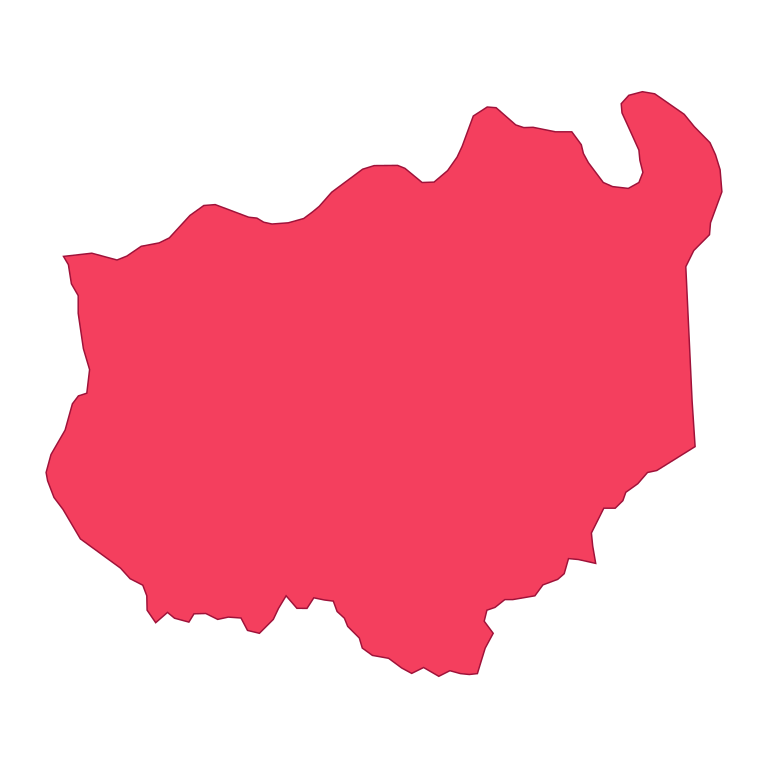 Cambará, Paraná, Brazil
{"feature_id": "56859067B26074269833743", "entity_name": "Cambará", "entity_type": "district", "adm_level": 2, "iso_a3": "BRA", "parent_name": "Brazil", "parent_adm1": "Paraná", "projection": "mercator", "projection_center": [-50.083, -22.996], "detail": "fine", "context": "isolated", "style": "filled", "palette": "rose", "viewbox_px": 768, "rotation_deg": 0, "n_neighbors": 0, "source": "geoboundaries", "source_scale": "gbopen_adm2", "svg_char_len": 1850}
<svg xmlns="http://www.w3.org/2000/svg" viewBox="0 0 768 768"><path d="M256.9,218.1L248.7,217.2L215.2,204.6L203.8,205.5L190.0,215.4L169.3,237.9L159.1,242.9L141.2,246.3L126.8,256.1L117.0,260.0L91.8,253.2L63.5,256.4L68.4,264.7L71.4,283.8L78.2,295.6L78.2,313.3L83.4,348.7L86.8,360.2L89.6,369.6L86.8,393.2L78.4,395.9L72.4,403.8L65.1,430.1L51.0,454.5L46.1,472.5L47.6,480.8L54.0,497.5L63.0,509.4L80.4,538.9L120.5,568.1L130.1,578.7L142.8,585.2L146.8,595.8L147.1,610.2L155.7,622.7L167.5,612.4L174.5,618.2L188.9,622.1L194.0,613.8L205.8,613.5L217.7,619.4L228.3,617.1L241.0,618.0L247.5,630.4L259.4,633.3L273.3,619.4L278.5,608.4L286.1,595.8L296.9,608.3L307.0,608.4L313.8,597.8L324.5,600.0L333.3,601.1L337.1,611.5L344.4,618.2L347.7,626.4L359.3,638.0L362.3,648.1L372.4,655.4L388.6,658.3L401.7,668.0L411.7,673.4L423.6,667.5L438.8,676.3L449.9,670.7L460.4,673.6L469.3,674.5L477.4,673.6L480.4,663.7L485.2,648.1L493.2,633.3L484.2,621.2L486.9,610.2L495.0,607.4L504.8,599.6L512.7,599.6L534.9,595.8L542.9,584.9L557.8,579.3L564.2,573.7L568.5,558.6L578.3,559.5L595.7,563.4L592.7,546.0L591.4,533.0L603.8,508.2L615.2,508.2L622.9,500.6L625.8,492.3L637.8,483.7L647.5,472.5L656.8,470.5L695.1,446.6L692.1,400.9L685.8,266.7L693.8,250.5L709.5,234.7L710.5,222.8L721.9,191.8L720.1,169.7L715.5,154.8L710.0,142.7L694.3,126.7L684.2,114.3L654.7,93.8L642.4,91.7L628.8,95.3L621.2,103.7L622.0,112.9L627.5,124.9L638.9,150.1L639.9,160.4L642.9,172.4L638.9,182.5L628.3,188.4L612.6,186.6L603.3,182.5L588.4,162.7L583.4,153.5L581.3,144.7L571.8,131.8L555.3,131.8L533.1,127.3L523.8,127.6L515.7,124.9L496.1,107.7L487.2,107.0L473.3,116.0L462.2,146.2L457.1,157.1L447.6,170.6L434.0,182.1L422.1,182.5L404.9,168.3L397.6,165.4L374.2,165.6L362.6,169.2L331.7,192.2L319.2,206.4L312.4,212.0L303.7,218.5L288.3,222.8L272.0,224.0L263.7,222.2L256.9,218.1Z" fill="#f43f5e" stroke="#9f1239" stroke-width="1.5"/></svg>